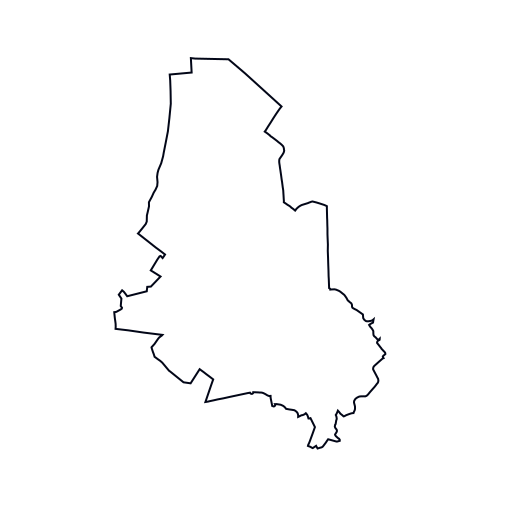 1er Arrondissement, Analamanga, Madagascar, rotated 33°
{"feature_id": "10022922B83786714905046", "entity_name": "1er Arrondissement", "entity_type": "district", "adm_level": 2, "iso_a3": "MDG", "parent_name": "Madagascar", "parent_adm1": "Analamanga", "projection": "orthographic", "projection_center": [47.52, -18.904], "detail": "fine", "context": "isolated", "style": "outline", "palette": "ink", "viewbox_px": 512, "rotation_deg": 33, "n_neighbors": 0, "source": "geoboundaries", "source_scale": "gbopen_adm2", "svg_char_len": 6147}
<svg xmlns="http://www.w3.org/2000/svg" viewBox="0 0 512 512"><g transform="rotate(33 256 256)"><path d="M288.3,175.6L288.1,175.6L285.5,176.0L281.0,177.2L277.5,178.2L273.7,179.5L273.4,179.8L272.9,180.3L272.6,180.7L272.2,181.3L271.7,181.9L271.5,182.2L271.3,182.5L270.7,183.4L266.7,188.2L265.9,189.5L265.0,191.5L264.5,193.3L264.2,194.7L264.2,195.5L264.1,196.6L263.3,196.5L261.9,196.3L260.5,196.2L260.2,196.2L259.3,196.2L258.2,195.9L256.7,195.8L254.6,195.9L252.7,195.8L250.9,195.8L250.5,195.8L250.1,195.8L249.3,194.5L248.3,193.2L247.2,191.7L246.1,190.2L244.9,188.6L243.3,186.4L242.1,185.0L241.0,183.8L237.7,179.9L235.8,177.8L234.0,175.7L232.8,174.3L231.3,172.6L230.0,171.1L228.2,169.1L226.5,167.1L225.4,165.9L224.4,164.7L223.6,163.5L222.9,162.1L222.9,160.7L223.0,157.9L223.0,156.1L222.9,154.3L222.6,153.2L222.2,152.2L221.5,151.5L220.8,150.6L219.8,149.7L219.0,149.2L216.9,148.7L214.7,148.4L212.8,148.3L211.5,148.1L210.4,148.0L207.9,147.8L204.9,147.6L202.8,147.6L202.2,147.3L200.8,147.2L198.8,147.0L195.6,146.9L195.7,145.3L195.6,140.7L195.6,136.7L195.5,130.8L195.5,125.9L195.6,122.1L195.7,119.4L196.0,116.7L147.4,108.8L125.8,106.0L97.4,123.6L93.6,125.5L102.1,137.2L87.6,148.6L84.8,150.8L88.5,155.6L94.6,164.3L101.6,174.7L108.3,187.6L114.2,199.4L118.7,210.5L122.3,219.5L123.8,223.0L126.0,229.9L127.2,236.8L128.2,239.9L129.9,243.5L133.2,247.7L135.0,251.1L135.6,255.1L135.7,258.5L136.4,263.1L136.9,269.2L139.2,272.6L141.2,278.0L142.4,281.4L145.6,286.6L146.1,289.2L145.6,294.6L144.9,300.9L144.8,301.4L167.6,303.5L169.6,303.6L174.3,303.9L178.9,304.3L178.9,305.5L178.9,306.3L178.8,308.6L176.0,307.9L175.3,308.8L175.2,312.8L175.6,325.4L187.1,325.2L184.5,338.9L181.6,341.1L183.6,345.1L169.9,359.9L167.0,358.8L164.7,358.0L162.4,357.7L162.1,361.5L162.0,363.2L166.3,365.0L169.8,371.6L171.8,372.4L172.1,373.3L171.6,374.6L169.3,378.9L167.7,380.3L169.2,382.2L170.4,383.7L171.8,385.4L173.3,387.1L174.5,388.5L175.4,389.6L176.2,390.8L176.9,391.8L177.5,392.9L177.9,393.6L189.4,387.9L203.3,381.5L219.7,373.5L220.5,373.1L220.4,373.8L219.2,377.0L219.0,378.7L218.9,381.5L218.8,385.0L218.3,388.2L218.1,389.1L218.1,389.5L219.2,390.5L221.8,392.6L223.6,393.9L225.9,395.8L226.8,395.8L229.7,396.0L232.8,396.1L235.5,396.5L245.6,399.6L246.6,399.6L264.0,401.4L270.5,398.4L270.4,381.6L271.7,381.7L275.5,381.9L278.8,382.2L282.1,382.4L287.3,382.8L288.7,388.6L290.9,397.3L293.1,406.0L295.1,404.2L296.1,403.1L299.2,400.0L302.0,397.1L306.1,393.2L310.7,388.5L315.3,383.9L318.5,380.7L320.3,378.9L322.3,376.9L323.6,375.6L325.4,373.9L325.6,374.0L326.0,374.2L326.4,374.3L326.9,374.2L327.3,374.1L327.6,373.9L327.9,373.6L328.1,373.2L328.2,372.7L328.2,372.2L327.9,371.7L332.3,369.1L333.3,368.6L334.7,367.7L335.6,367.3L336.7,367.0L338.2,366.8L339.6,366.7L341.0,366.7L342.5,366.5L343.7,366.1L344.1,365.6L344.4,365.4L344.6,365.7L345.6,367.1L349.6,371.2L350.3,371.9L350.7,372.3L351.2,372.9L351.6,372.8L352.0,372.7L352.4,372.7L353.0,372.4L353.3,371.7L353.5,371.0L353.3,370.3L352.6,369.9L353.9,369.0L357.7,367.3L359.6,367.0L360.6,366.9L361.7,367.0L362.8,367.2L364.5,367.8L365.4,367.4L365.9,367.2L367.6,366.5L369.5,365.6L372.0,364.5L373.1,364.4L374.2,364.5L375.0,364.6L375.9,364.9L376.4,365.1L377.4,365.9L378.2,366.7L379.0,368.0L379.5,367.2L380.2,366.0L380.8,364.9L381.8,364.0L382.2,363.4L382.8,362.5L383.1,361.9L383.2,361.3L383.4,360.7L385.4,361.3L386.9,362.3L388.5,363.7L389.1,363.4L390.0,362.3L398.6,367.4L400.3,374.5L402.1,382.4L402.4,384.0L402.7,386.2L403.0,387.0L405.7,386.4L406.9,386.4L407.5,386.3L408.0,386.3L408.2,386.2L408.8,384.8L409.4,383.4L409.8,382.5L410.1,382.7L412.5,383.9L413.8,382.3L415.1,380.9L415.5,380.3L415.8,379.5L415.9,378.6L416.2,374.5L416.2,372.7L416.3,370.4L423.9,368.0L424.9,367.6L425.3,367.2L426.9,365.4L426.3,364.5L425.8,364.3L425.2,364.0L424.9,364.1L423.6,364.0L422.5,363.8L421.2,363.6L420.2,363.2L419.6,362.8L419.5,362.2L419.5,360.3L419.4,359.2L418.9,358.3L418.5,357.9L417.7,357.5L417.0,357.3L416.2,357.0L415.7,356.7L414.9,356.0L414.5,354.9L414.3,354.6L414.3,353.6L413.2,351.0L413.0,350.7L412.7,349.6L412.5,348.9L412.4,348.6L411.3,347.3L410.7,346.7L409.5,345.9L409.5,344.7L409.3,343.1L408.9,341.1L410.8,341.6L412.7,342.3L415.1,342.5L416.8,342.8L417.3,342.3L418.4,340.3L419.5,338.8L420.4,337.6L421.6,336.1L423.1,334.7L423.3,334.6L423.0,333.3L422.8,331.7L422.4,330.5L421.8,329.5L420.9,328.2L419.6,327.0L418.5,326.0L418.0,325.5L417.6,324.8L417.3,324.2L417.2,323.4L417.2,321.6L417.3,321.3L418.0,319.5L418.8,318.2L419.2,317.6L420.5,316.5L423.2,314.7L423.9,314.4L424.8,313.2L425.0,312.7L425.4,311.1L425.7,308.1L426.3,304.0L426.7,301.4L426.9,299.4L427.0,297.5L427.1,296.9L427.2,295.9L427.0,295.0L426.6,294.0L426.0,293.3L425.3,292.5L423.8,291.7L422.1,290.7L419.2,289.1L416.0,287.3L415.4,286.4L415.0,285.2L415.0,284.5L415.1,283.6L416.0,280.3L416.9,277.0L418.1,272.8L418.6,272.2L417.2,271.4L417.1,270.3L417.5,269.2L417.9,267.8L417.6,267.4L417.0,266.8L416.2,266.5L415.4,266.3L414.4,266.1L413.0,265.7L411.9,265.5L411.2,265.1L409.9,264.7L408.5,264.2L407.1,263.7L406.1,263.4L405.3,263.1L404.8,262.9L404.6,262.3L404.4,261.9L404.4,261.4L404.5,260.5L404.5,260.1L405.0,259.7L405.3,259.2L405.1,258.5L404.8,258.0L404.7,258.5L404.5,259.0L404.2,259.6L403.9,259.9L401.8,259.4L400.8,259.1L399.8,259.0L398.8,258.9L397.6,258.3L396.5,256.9L395.3,255.1L393.9,254.3L392.2,253.6L390.8,253.3L389.6,252.8L388.4,252.2L389.0,250.6L390.4,248.1L389.5,246.1L389.1,245.1L388.8,246.1L388.5,246.7L387.9,247.6L386.1,249.3L384.7,250.3L383.6,250.7L382.1,250.6L381.2,250.4L380.4,250.0L379.9,249.8L379.6,249.5L377.8,247.2L377.5,246.8L376.9,246.8L375.1,246.7L372.2,246.6L369.7,246.5L368.4,246.7L365.9,246.9L364.9,246.8L364.4,246.4L363.9,245.9L363.2,244.8L362.4,244.2L361.7,243.8L361.0,243.7L359.3,243.6L358.2,243.3L357.2,243.3L356.5,242.9L354.7,241.9L353.0,241.2L352.0,240.8L351.1,240.5L349.9,240.4L348.8,240.3L347.0,240.1L345.7,240.0L344.2,240.1L342.7,240.4L341.5,240.6L340.8,240.9L340.1,241.1L337.3,243.1L336.6,243.7L336.2,243.2L335.9,243.1L335.4,243.1L334.8,243.1L329.6,235.7L327.9,233.4L324.9,229.0L321.1,223.6L320.4,222.6L317.5,218.4L313.4,212.6L310.1,207.3L305.9,201.4L304.0,198.7L301.0,194.1L298.9,191.1L296.1,187.0L294.8,185.2L289.6,177.6L288.3,175.6Z" fill="none" stroke="#020617" stroke-width="2"/></g></svg>